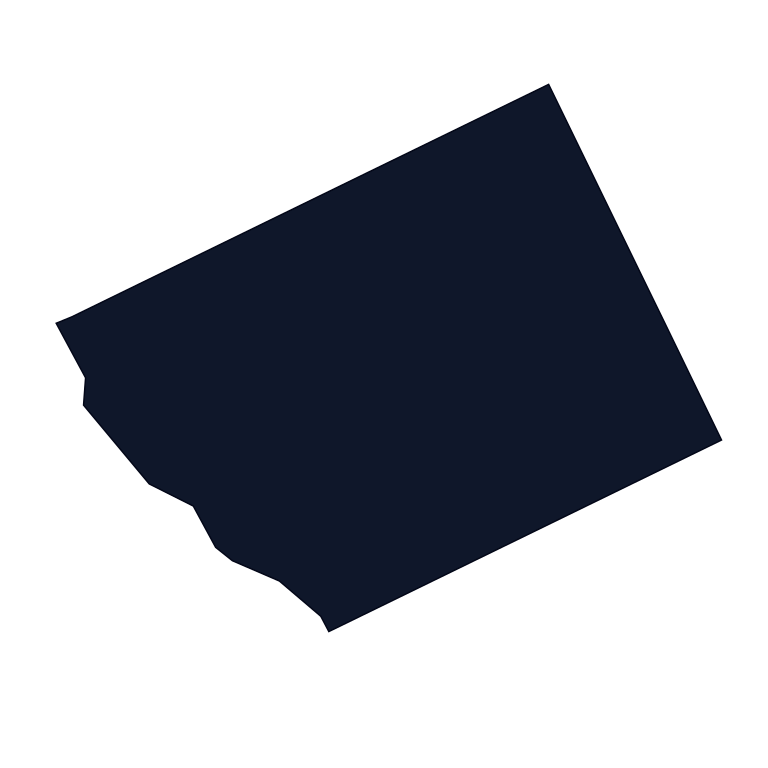 the district of Colfax, Nebraska, United States of America, rotated 64°
{"feature_id": "52423323B6784143076290", "entity_name": "Colfax", "entity_type": "district", "adm_level": 2, "iso_a3": "USA", "parent_name": "United States of America", "parent_adm1": "Nebraska", "projection": "mercator", "projection_center": [-97.093, 41.56], "detail": "fine", "context": "isolated", "style": "filled", "palette": "ink", "viewbox_px": 768, "rotation_deg": 64, "n_neighbors": 0, "source": "geoboundaries", "source_scale": "gbopen_adm2", "svg_char_len": 374}
<svg xmlns="http://www.w3.org/2000/svg" viewBox="0 0 768 768"><g transform="rotate(64 384 384)"><path d="M186.9,104.7L186.8,304.0L186.8,635.3L185.7,652.0L247.6,649.5L271.3,663.3L370.9,638.8L410.1,608.9L457.0,606.9L476.4,597.7L515.2,564.4L565.1,542.6L582.3,542.1L582.3,105.2L452.2,104.9L408.2,104.9L186.9,104.7Z" fill="#0f172a" stroke="#020617" stroke-width="1.5"/></g></svg>